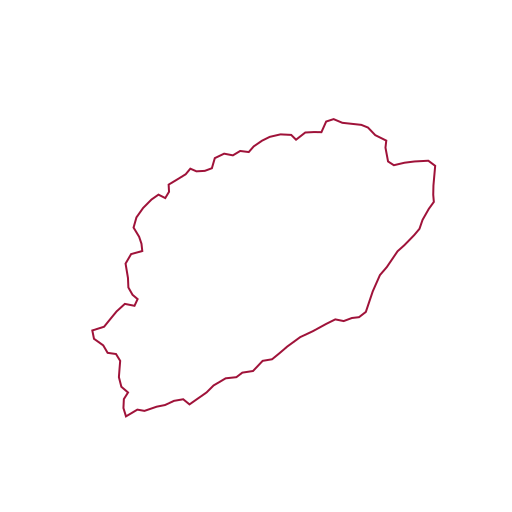 Pitangueiras, Paraná, Brazil (Robinson projection), rotated 235°
{"feature_id": "56859067B16453032256709", "entity_name": "Pitangueiras", "entity_type": "district", "adm_level": 2, "iso_a3": "BRA", "parent_name": "Brazil", "parent_adm1": "Paraná", "projection": "robinson", "projection_center": [-51.57, -23.208], "detail": "fine", "context": "isolated", "style": "outline", "palette": "rose", "viewbox_px": 512, "rotation_deg": 235, "n_neighbors": 0, "source": "geoboundaries", "source_scale": "gbopen_adm2", "svg_char_len": 1444}
<svg xmlns="http://www.w3.org/2000/svg" viewBox="0 0 512 512"><g transform="rotate(235 256 256)"><path d="M212.0,441.8L227.1,454.5L235.2,451.8L242.5,440.1L247.2,431.2L251.3,421.0L257.7,418.4L270.5,424.2L275.8,428.9L286.6,423.0L297.0,421.4L303.0,417.5L315.6,403.1L323.6,398.1L325.9,390.6L319.9,380.6L324.2,374.7L328.9,367.2L328.3,355.5L335.0,354.3L341.6,345.8L345.7,335.6L347.0,327.1L347.1,317.0L345.3,309.7L351.1,303.3L351.7,294.8L358.1,288.6L359.8,278.4L353.2,270.2L355.1,262.9L359.5,255.8L365.2,252.3L363.3,245.3L363.9,235.1L364.6,225.4L358.5,221.6L355.5,214.9L362.2,211.3L362.2,202.8L360.1,191.1L356.2,180.2L349.5,172.0L338.8,171.3L331.7,169.2L325.3,165.7L329.2,154.8L324.6,144.8L311.4,138.5L303.4,133.4L295.0,132.6L288.6,134.3L284.9,127.9L292.0,121.1L290.6,110.1L288.2,101.5L285.2,91.0L288.9,79.2L281.1,75.8L270.4,79.6L261.8,78.9L256.0,85.1L248.0,84.6L241.5,79.2L235.4,74.2L226.1,70.7L217.6,72.9L214.6,65.7L207.5,60.2L199.2,57.5L198.2,70.7L193.1,75.8L189.5,88.3L186.1,96.0L184.4,105.7L180.4,114.2L172.6,116.4L172.6,127.2L172.6,137.3L174.3,147.0L173.2,161.0L168.0,170.4L168.3,177.9L163.5,187.6L166.3,201.3L162.2,209.9L162.9,219.5L163.9,229.7L164.2,245.8L161.8,259.4L160.1,274.6L158.6,284.6L152.4,290.5L150.2,299.0L146.8,305.3L147.2,313.9L160.1,331.4L169.3,346.6L171.9,356.8L178.7,374.7L179.8,383.9L182.4,397.6L184.5,405.5L190.1,413.2L195.5,424.6L198.3,432.7L204.5,436.3L212.0,441.8Z" fill="none" stroke="#9f1239" stroke-width="2"/></g></svg>